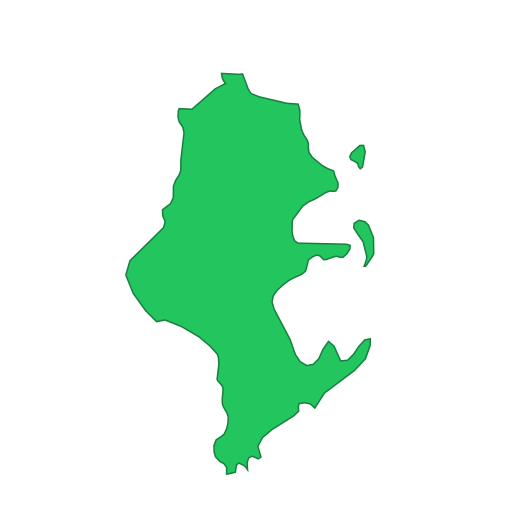 SVG path tracing the border of Batangas, rotated 234°
{"feature_id": "PHL-2564", "entity_name": "Batangas", "entity_type": "Province", "adm_level": 1, "iso_a3": "PHL", "parent_name": "Philippines", "parent_adm1": "", "projection": "natural_earth1", "projection_center": [120.943, 13.875], "detail": "fine", "context": "isolated", "style": "filled", "palette": "green", "viewbox_px": 512, "rotation_deg": 234, "n_neighbors": 0, "source": "natural_earth", "source_scale": "10m", "svg_char_len": 2414}
<svg xmlns="http://www.w3.org/2000/svg" viewBox="0 0 512 512"><g transform="rotate(234 256 256)"><path d="M420.4,280.4L412.4,290.5L415.2,321.4L413.5,332.7L417.1,332.7L419.6,333.3L424.0,335.4L412.8,349.2L411.2,352.1L395.6,347.8L390.3,347.5L383.1,352.0L361.4,370.7L354.1,379.4L348.3,377.2L342.9,373.4L341.3,371.8L331.1,367.0L326.1,365.9L319.3,365.5L316.0,364.4L312.8,362.0L308.8,359.8L302.7,359.5L290.4,362.7L284.5,365.4L279.2,368.8L275.5,367.3L266.8,365.2L263.5,362.8L261.7,358.8L263.0,356.4L265.2,353.9L266.4,349.1L267.3,338.3L268.8,330.5L269.0,323.3L263.9,307.2L262.4,305.5L255.0,299.8L250.3,297.4L245.4,296.2L241.7,297.6L212.3,336.2L209.2,338.4L206.4,336.0L204.4,330.8L203.8,325.6L205.5,323.3L208.6,321.0L210.4,315.9L211.8,310.8L213.3,308.5L218.2,307.9L220.9,305.9L222.0,302.1L222.1,296.2L215.9,288.9L214.6,286.9L214.4,281.8L216.4,272.4L216.9,267.4L216.7,260.3L215.8,252.8L213.5,246.3L209.2,241.9L202.3,239.4L168.4,234.5L153.0,229.9L144.6,229.6L137.5,232.7L134.7,238.6L136.0,246.5L141.1,255.2L144.3,264.5L136.9,266.1L121.4,262.8L117.8,268.8L119.1,277.0L122.4,286.0L124.2,294.7L121.8,299.8L116.6,295.9L108.5,284.1L105.5,268.3L104.9,230.8L98.4,214.2L104.3,213.1L108.8,208.9L111.1,204.3L109.9,202.2L105.4,199.3L104.5,192.7L106.2,166.8L105.3,154.6L100.9,145.5L90.5,141.9L90.5,138.6L96.3,135.3L97.0,131.3L93.8,127.2L88.0,123.5L91.6,123.6L94.1,122.9L98.5,120.5L98.5,117.5L93.2,112.2L96.5,104.4L96.7,104.0L96.8,104.0L102.3,108.0L106.8,108.0L111.0,106.0L117.2,105.2L122.1,106.9L127.3,110.5L130.7,115.7L130.4,121.7L130.7,125.7L133.5,130.7L137.7,135.5L142.3,139.0L145.9,140.2L152.6,140.9L155.9,141.8L159.6,144.1L165.9,149.7L169.0,151.9L171.5,152.3L177.3,151.7L179.2,152.1L190.1,162.2L196.2,166.1L199.4,167.0L210.5,165.8L224.0,162.4L242.6,154.3L257.8,144.7L261.3,137.0L276.5,134.6L297.8,134.7L317.1,139.5L326.3,151.3L333.3,198.0L337.2,202.7L343.4,204.2L348.4,207.5L348.6,217.6L351.9,223.5L361.0,230.2L364.3,235.2L366.9,241.7L369.5,245.5L378.0,251.8L398.1,270.3L403.7,272.6L409.3,272.6L414.5,274.7L419.0,278.4L420.4,280.4ZM214.8,351.2L221.3,351.6L224.7,354.5L224.4,360.4L219.8,364.3L215.0,365.1L201.9,361.9L188.8,352.7L187.3,350.2L183.7,340.1L183.3,338.3L184.1,337.4L188.1,343.3L190.7,345.4L204.5,351.0L214.8,351.2ZM282.3,408.0L276.1,405.6L265.3,394.4L265.3,391.6L268.2,391.5L270.8,392.7L274.1,391.7L278.1,389.5L281.2,390.2L283.3,393.9L284.4,405.0L282.3,408.0Z" fill="#22c55e" stroke="#15803d" stroke-width="1.5"/></g></svg>